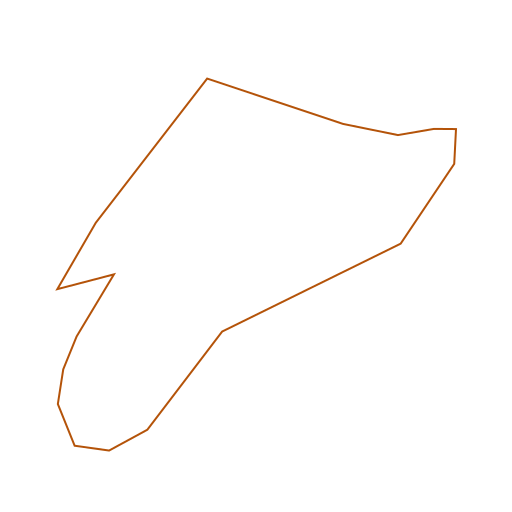 the Emirate of Neutral Zone, rotated 265°
{"feature_id": "ARE-347", "entity_name": "Neutral Zone", "entity_type": "Emirate", "adm_level": 1, "iso_a3": "ARE", "parent_name": "United Arab Emirates", "parent_adm1": "", "projection": "mercator", "projection_center": [56.031, 24.808], "detail": "fine", "context": "isolated", "style": "outline", "palette": "amber", "viewbox_px": 512, "rotation_deg": 265, "n_neighbors": 0, "source": "natural_earth", "source_scale": "10m", "svg_char_len": 384}
<svg xmlns="http://www.w3.org/2000/svg" viewBox="0 0 512 512"><g transform="rotate(265 256 256)"><path d="M250.1,112.9L240.3,55.2L303.1,99.3L437.0,222.8L380.0,354.2L364.1,407.9L367.1,444.3L365.1,465.6L365.0,466.3L330.5,461.5L255.7,401.2L183.7,215.7L92.4,132.6L75.0,92.7L82.8,58.8L125.8,45.7L159.9,54.1L191.5,70.3L250.1,112.9Z" fill="none" stroke="#b45309" stroke-width="2"/></g></svg>